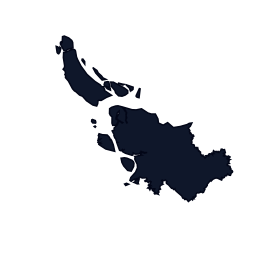 outline of Noakhali, Chittagong, Bangladesh, rotated 130°
{"feature_id": "16705992B96773862439533", "entity_name": "Noakhali", "entity_type": "district", "adm_level": 2, "iso_a3": "BGD", "parent_name": "Bangladesh", "parent_adm1": "Chittagong", "projection": "robinson", "projection_center": [91.099, 22.578], "detail": "fine", "context": "isolated", "style": "filled", "palette": "ink", "viewbox_px": 256, "rotation_deg": 130, "n_neighbors": 0, "source": "geoboundaries", "source_scale": "gbopen_adm2", "svg_char_len": 5824}
<svg xmlns="http://www.w3.org/2000/svg" viewBox="0 0 256 256"><g transform="rotate(130 128 128)"><path d="M95.2,19.6L94.3,19.7L93.8,20.5L93.8,23.1L93.0,23.2L93.0,24.3L92.3,24.4L91.8,25.3L92.8,27.7L92.3,28.0L92.4,28.4L91.5,28.8L90.0,27.5L89.7,29.5L88.7,30.0L88.5,29.3L87.6,29.9L86.7,29.6L87.9,31.4L88.0,32.4L86.9,32.3L85.8,31.1L84.6,31.2L84.9,33.1L86.5,33.9L86.4,34.9L87.2,36.4L87.8,36.1L88.0,37.0L85.8,37.0L85.9,38.5L84.3,37.6L82.5,40.2L83.6,41.1L83.7,42.4L84.4,43.0L85.6,42.4L88.3,42.5L88.5,43.3L88.0,43.3L88.0,44.0L89.3,44.1L89.2,45.4L90.4,46.3L90.4,47.9L92.2,47.1L92.3,45.6L93.5,46.7L93.9,46.3L93.5,47.7L94.9,47.8L95.0,48.7L95.9,49.3L96.8,49.1L97.2,48.2L97.7,48.4L97.9,49.3L99.4,50.7L99.7,49.5L101.5,49.7L101.0,51.0L101.4,52.3L100.8,52.8L101.9,53.2L101.9,53.8L101.2,54.0L101.7,55.2L99.8,57.1L100.2,58.8L99.8,58.8L99.8,60.0L98.5,61.7L99.5,61.9L98.7,62.8L100.2,64.3L98.5,66.4L99.4,69.1L98.8,69.8L97.7,69.9L96.5,71.8L95.7,71.4L94.4,72.1L94.7,71.6L94.3,71.6L93.8,72.1L94.1,72.9L92.0,72.3L91.4,73.4L92.3,74.9L92.0,76.7L92.4,77.1L91.9,77.5L91.5,77.0L91.3,78.6L90.2,78.9L89.3,81.8L86.6,81.4L83.1,82.3L85.1,84.1L87.3,84.9L93.2,88.9L98.5,93.5L98.4,101.1L103.2,102.9L104.6,107.9L101.8,110.9L99.7,116.0L102.3,119.1L103.7,122.4L104.6,130.0L108.9,133.4L111.4,136.7L114.9,144.6L117.0,139.0L119.8,137.3L120.9,135.6L123.4,134.6L124.5,132.0L124.9,132.2L123.6,134.9L121.7,135.6L120.0,137.5L117.4,139.2L115.6,146.1L117.4,149.9L119.1,151.6L122.6,153.8L125.0,154.5L128.8,151.5L129.7,149.5L129.7,147.4L134.6,143.4L135.8,141.4L134.1,139.4L130.7,139.4L128.6,140.5L128.9,143.2L123.1,146.0L120.7,145.7L122.5,144.2L127.6,143.2L128.1,140.3L127.2,135.4L128.0,135.6L128.1,138.3L129.1,139.3L132.3,138.2L137.1,138.6L138.1,137.2L140.4,138.3L142.2,133.9L142.8,134.0L144.1,131.7L144.1,130.6L145.5,128.4L145.5,126.6L146.3,127.3L150.5,120.1L149.9,118.6L148.2,118.4L148.7,117.7L146.3,116.8L149.2,117.5L149.6,116.8L149.0,113.7L146.3,107.3L145.5,106.9L143.7,108.0L143.5,105.8L141.2,103.2L139.7,102.6L137.5,103.2L136.1,99.4L134.4,97.6L136.7,99.0L137.4,101.6L140.4,101.3L140.0,100.1L145.5,104.6L145.9,103.4L146.7,103.4L147.7,102.5L149.8,97.7L152.3,95.2L157.0,93.8L164.1,94.0L166.9,92.9L166.8,91.3L163.3,90.4L160.2,88.1L157.8,87.4L157.2,85.0L154.4,82.0L154.9,80.3L157.7,81.1L157.9,80.4L156.7,79.2L156.7,77.2L154.5,76.9L154.3,75.7L157.4,75.0L157.4,74.0L157.9,74.8L157.7,75.6L158.7,75.7L159.1,72.7L160.5,74.3L161.3,74.3L160.6,73.3L161.3,71.5L158.8,72.2L159.8,69.3L158.4,69.7L157.3,68.4L158.6,67.8L160.0,68.6L159.8,65.5L161.1,66.0L161.4,65.2L159.9,63.8L159.3,62.2L159.0,63.1L157.7,63.0L157.5,63.7L157.0,63.4L156.2,64.4L154.7,64.7L154.5,64.0L153.9,63.8L153.6,64.9L152.4,66.0L150.8,66.0L148.5,65.0L148.6,66.2L147.2,66.5L146.6,68.5L145.9,68.3L145.4,66.6L143.7,66.0L143.8,63.8L144.7,64.1L145.7,62.9L145.5,60.3L146.2,55.9L145.6,55.6L145.7,53.3L144.4,53.0L145.0,52.3L145.4,50.5L145.5,43.1L146.5,41.0L145.4,39.1L146.2,39.0L146.3,38.5L144.9,37.5L145.5,34.5L141.5,33.7L141.6,32.3L140.1,32.7L139.8,32.2L139.4,33.9L138.5,33.4L138.4,32.3L138.0,32.2L136.3,32.2L136.2,33.0L135.2,33.4L133.0,33.4L132.3,32.1L130.9,31.3L130.1,31.6L130.0,30.5L129.2,29.6L129.5,29.3L128.8,28.8L125.5,29.7L125.4,30.7L123.1,30.2L121.0,30.4L120.3,31.1L115.1,31.2L115.3,30.2L112.7,30.0L110.3,28.9L109.0,27.5L107.7,22.8L106.6,23.2L106.2,24.3L105.4,24.4L105.1,23.0L104.0,22.5L102.0,22.9L101.2,21.8L99.1,22.1L99.2,20.2L98.4,19.1L95.7,20.1L95.2,19.6ZM125.6,168.2L124.0,166.2L118.4,164.2L113.5,161.6L114.4,170.1L113.3,170.8L113.0,172.2L111.7,172.9L113.3,174.8L112.8,176.9L113.6,183.3L113.3,193.9L110.8,203.9L108.1,210.4L106.7,213.1L102.7,217.8L102.3,219.1L102.7,220.2L104.3,221.6L110.2,224.5L111.5,225.9L115.6,222.8L121.1,216.5L122.5,215.6L124.7,215.5L124.9,212.7L126.2,211.1L127.7,210.7L128.0,209.4L129.6,208.3L130.3,203.9L133.6,195.7L134.0,192.9L133.7,191.2L133.9,186.3L132.9,183.2L133.8,177.3L133.0,169.7L131.3,166.1L128.9,166.8L126.4,168.5L125.6,168.2ZM159.2,138.2L158.4,137.0L159.1,137.4L158.4,131.6L154.4,123.2L150.4,128.4L148.1,132.6L147.8,133.7L148.4,133.8L147.1,136.2L146.7,139.4L149.6,143.3L151.0,146.5L153.0,145.8L153.3,144.7L155.6,143.7L155.4,142.7L154.2,141.9L155.2,141.9L156.9,143.1L157.6,141.9L158.3,141.9L158.4,141.0L157.1,139.9L157.8,140.0L157.6,139.2L158.6,140.2L159.3,139.9L159.2,138.2ZM103.9,170.7L106.8,167.4L107.7,162.1L109.0,160.1L109.4,155.9L107.5,153.0L104.5,151.3L101.4,150.6L99.5,152.3L99.7,156.7L102.3,168.7L103.9,170.7ZM106.9,225.0L101.9,221.7L98.0,225.4L97.1,227.3L97.1,231.3L98.5,235.9L100.1,236.9L105.5,232.8L104.6,234.1L104.8,234.6L105.8,234.8L106.6,233.5L107.1,233.8L109.8,226.9L108.8,225.0L106.9,225.0ZM159.0,97.8L153.9,98.9L151.3,100.7L150.4,102.1L150.2,104.2L151.8,109.4L153.1,111.6L155.6,113.9L158.3,110.5L159.8,106.9L160.7,101.0L159.0,97.8ZM104.3,193.8L106.6,188.1L107.9,178.6L104.9,176.2L105.7,179.3L105.1,182.0L105.0,186.1L103.9,188.8L104.3,193.8ZM107.8,175.2L110.0,174.3L110.9,173.0L108.6,168.0L105.0,172.3L105.6,173.5L107.8,175.2ZM115.7,230.9L116.0,229.7L115.7,228.8L113.7,228.9L110.0,230.7L109.9,231.9L110.9,230.9L111.2,231.2L111.0,234.0L111.6,235.5L115.7,230.9ZM90.5,144.6L97.9,142.6L98.6,142.0L98.6,140.8L97.7,139.0L90.2,143.9L90.5,144.6ZM96.2,157.5L96.5,152.6L97.9,150.2L97.4,150.3L97.7,149.7L97.0,149.3L95.2,149.0L93.4,150.3L96.2,157.5ZM160.0,86.6L163.5,88.9L165.5,87.4L164.9,85.1L164.0,84.1L163.6,85.0L160.0,86.6ZM145.1,161.0L146.4,160.1L146.8,158.3L145.1,156.0L144.2,156.4L143.3,157.8L144.3,160.7L145.1,161.0ZM104.2,206.9L104.8,207.4L105.8,206.7L106.9,202.2L104.9,203.9L104.2,206.9ZM111.0,170.9L111.3,169.1L110.3,165.7L109.1,167.0L109.0,167.9L110.1,170.4L111.0,170.9ZM170.6,91.3L171.3,93.6L173.1,94.6L173.5,92.8L170.6,91.3ZM100.0,164.7L98.5,159.6L97.0,158.9L98.1,160.8L100.0,164.7ZM148.6,154.9L148.6,153.6L147.7,153.6L147.6,154.5L148.6,154.9ZM165.5,87.5L165.0,88.2L165.9,88.5L165.8,88.3L165.5,87.5Z" fill="#0f172a" stroke="#020617" stroke-width="1.5"/></g></svg>